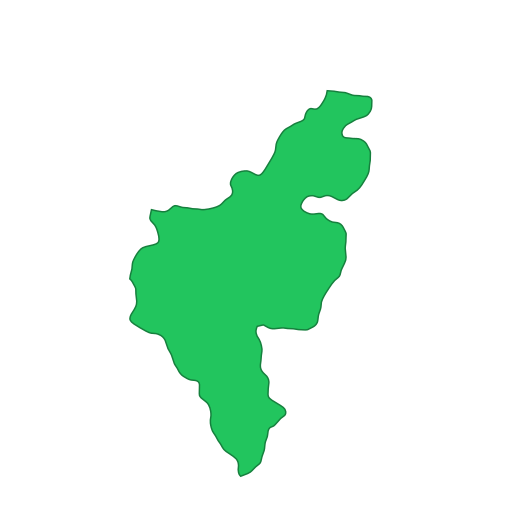 outline of Los Almácigos, Santiago Rodríguez, Dominican Republic, rotated 32°
{"feature_id": "3306468B75896846080251", "entity_name": "Los Almácigos", "entity_type": "district", "adm_level": 2, "iso_a3": "DOM", "parent_name": "Dominican Republic", "parent_adm1": "Santiago Rodríguez", "projection": "mercator", "projection_center": [-71.426, 19.324], "detail": "fine", "context": "isolated", "style": "filled", "palette": "green", "viewbox_px": 512, "rotation_deg": 32, "n_neighbors": 0, "source": "geoboundaries", "source_scale": "gbopen_adm2", "svg_char_len": 5161}
<svg xmlns="http://www.w3.org/2000/svg" viewBox="0 0 512 512"><g transform="rotate(32 256 256)"><path d="M142.8,272.1L145.1,278.4L145.9,280.1L146.6,280.8L148.1,281.8L153.7,283.4L155.6,284.4L157.4,285.6L160.0,287.8L163.1,290.8L164.9,293.2L165.7,295.0L165.8,296.0L165.7,297.0L164.8,298.8L162.9,301.1L157.6,306.4L155.6,309.0L154.7,311.0L154.1,314.2L153.9,317.6L154.0,320.9L154.3,324.2L154.7,326.4L155.4,328.3L157.7,332.8L159.6,338.8L161.1,342.3L163.0,342.7L164.7,343.4L169.5,346.1L171.1,347.2L171.7,347.9L174.3,351.8L178.8,357.5L180.2,360.2L180.8,362.4L181.1,365.9L181.1,371.6L181.4,373.7L182.1,375.6L182.7,376.5L183.5,377.1L185.4,377.9L188.5,378.3L195.4,378.3L202.4,378.0L205.8,377.6L208.0,377.0L212.3,374.8L214.3,374.2L217.4,373.8L219.5,374.0L221.6,374.6L223.6,375.6L230.5,381.2L235.1,383.7L237.0,384.9L242.2,389.2L243.9,390.6L245.8,391.6L248.7,392.9L252.1,394.9L254.0,395.7L256.1,396.3L258.2,396.5L262.6,396.4L264.8,396.1L266.7,395.5L270.0,393.9L271.6,393.3L273.4,393.2L274.3,393.4L275.1,393.9L276.3,395.1L280.9,402.8L282.0,404.2L282.8,404.7L284.6,405.4L290.7,406.1L292.8,406.5L294.8,407.4L297.5,409.3L299.9,411.7L301.3,413.5L302.5,415.4L304.2,419.2L306.0,422.0L307.5,423.7L309.1,425.3L311.7,427.4L313.6,428.4L317.3,430.1L321.7,432.6L325.5,434.2L329.0,436.1L330.8,436.9L331.9,437.2L334.2,437.6L342.4,437.9L344.7,438.2L347.0,438.6L348.0,439.1L349.7,440.1L351.1,441.5L352.3,443.1L354.1,446.6L355.8,448.7L357.2,449.9L357.9,450.3L359.7,450.9L364.2,444.9L365.7,442.2L366.3,440.2L367.4,435.1L368.9,430.8L369.2,429.1L368.9,427.4L367.4,423.0L366.0,416.8L365.3,414.9L363.1,410.4L362.4,408.4L361.3,403.2L360.5,401.3L359.0,398.0L358.6,396.2L358.7,394.5L359.0,393.7L360.7,391.3L361.1,390.6L361.6,388.8L363.0,380.7L364.6,376.5L364.8,375.7L364.8,374.8L364.6,373.9L364.2,373.1L363.7,372.3L362.3,371.1L361.5,370.6L359.4,370.0L356.1,369.8L345.7,369.9L343.5,369.6L342.5,369.4L341.6,369.0L340.7,368.4L339.5,367.0L336.7,362.1L334.1,356.7L333.6,355.9L332.3,354.4L330.7,353.2L328.9,352.3L323.9,351.2L322.0,350.5L320.3,349.5L318.8,348.1L317.7,346.5L317.2,345.6L315.5,341.9L313.2,337.5L311.5,333.7L310.4,331.8L308.1,329.2L305.6,326.9L302.9,325.1L299.3,323.3L297.0,321.4L295.8,319.8L295.4,319.0L294.7,317.0L294.3,315.0L298.8,310.5L304.3,310.2L306.4,309.8L308.4,309.0L310.3,307.8L315.5,303.7L317.3,302.5L321.1,300.8L326.3,297.9L331.0,295.9L336.9,292.6L338.4,291.5L339.0,290.8L341.9,286.0L342.7,284.3L343.2,282.3L343.2,280.2L343.0,279.2L342.3,277.4L340.7,274.0L340.0,272.0L338.8,266.8L338.1,264.9L335.9,260.4L335.2,257.1L334.9,253.6L334.8,250.1L334.9,244.1L335.1,239.4L335.7,235.0L337.1,230.6L337.4,228.9L337.2,227.3L335.8,222.9L335.5,220.8L334.9,215.4L334.3,212.2L333.9,211.2L332.9,209.2L327.5,202.1L326.5,200.2L324.7,196.4L320.9,189.8L320.3,189.0L318.8,187.9L314.8,185.5L313.1,184.7L311.1,184.2L309.1,184.2L307.2,184.7L302.9,186.7L301.9,186.9L299.8,187.2L297.7,187.2L295.7,187.0L290.7,185.4L289.9,185.4L288.9,185.6L288.0,185.9L286.4,186.9L283.1,189.6L281.3,190.8L279.4,191.7L276.2,192.4L273.1,192.6L271.1,192.3L270.1,192.0L269.2,191.6L268.3,191.0L267.7,190.1L267.2,189.2L266.8,187.2L266.6,185.2L266.7,183.1L267.1,180.9L267.8,178.9L268.4,178.0L269.0,177.2L270.5,175.9L272.1,174.8L273.1,174.4L277.7,173.2L279.2,172.4L279.9,171.8L282.7,168.3L284.1,167.1L285.8,166.2L286.8,165.8L288.8,165.4L295.2,164.9L297.2,164.5L299.1,163.7L299.9,163.1L301.4,161.7L302.5,160.0L302.9,159.1L304.6,152.0L306.9,146.6L307.7,143.2L308.0,139.7L308.0,135.0L307.9,130.2L307.5,126.8L306.9,124.5L306.1,122.7L304.3,119.2L302.2,114.4L298.3,107.8L297.0,106.4L290.4,102.5L288.5,101.8L286.3,101.5L283.1,101.6L281.0,102.2L279.2,103.1L275.8,105.1L272.2,106.8L269.9,108.0L268.3,108.6L267.4,108.6L266.5,108.5L265.6,108.1L264.2,106.9L263.1,105.3L262.6,103.3L262.5,101.2L262.9,98.0L263.7,96.0L266.1,91.7L267.5,88.9L268.6,87.0L273.6,81.0L274.8,79.2L275.4,78.2L276.0,76.1L276.2,72.8L275.9,70.7L275.6,69.6L274.8,67.8L272.0,63.0L271.5,62.3L270.7,61.7L269.9,61.3L268.9,61.1L268.0,61.1L266.2,61.5L262.2,63.8L258.5,65.4L254.1,67.9L252.2,68.6L247.0,69.7L245.0,70.2L239.7,72.9L234.9,74.9L228.8,78.1L230.3,82.0L231.0,85.7L231.2,88.2L231.2,91.9L231.1,94.4L230.7,96.6L229.9,98.6L229.3,99.4L227.7,100.5L225.2,101.5L224.4,101.9L223.7,102.6L223.2,103.4L222.6,105.4L222.6,107.5L222.9,109.6L224.2,113.5L224.3,114.4L224.1,115.3L223.8,116.3L222.8,118.0L219.6,122.2L218.4,124.0L216.6,127.8L214.2,132.1L213.4,134.2L213.0,136.5L212.8,138.8L212.8,142.4L213.0,146.0L213.3,148.3L213.9,150.5L216.4,155.9L217.0,158.0L217.3,160.3L217.6,164.9L217.8,177.8L217.6,181.2L217.3,183.2L216.6,185.0L216.0,185.8L215.2,186.4L214.3,186.8L212.5,187.2L207.5,187.6L205.4,187.9L203.3,188.6L201.4,189.8L198.8,192.0L196.6,194.6L195.5,196.5L194.9,198.7L194.6,200.8L194.6,203.0L194.9,205.1L195.4,207.0L196.3,208.6L197.0,209.3L199.8,211.2L201.7,213.2L202.6,214.8L203.1,216.8L203.0,217.8L202.6,219.7L201.0,223.2L200.3,225.0L199.2,230.2L198.5,232.2L197.9,233.2L196.6,235.2L194.4,237.8L191.0,241.2L187.4,244.2L185.5,245.4L181.6,247.1L177.3,249.5L172.5,251.4L168.1,253.7L166.3,254.3L162.6,255.3L160.9,256.1L160.2,256.7L159.3,258.2L157.6,263.6L156.6,265.2L155.3,266.7L153.7,267.8L152.8,268.3L147.3,270.6L142.8,272.1Z" fill="#22c55e" stroke="#15803d" stroke-width="1.5"/></g></svg>